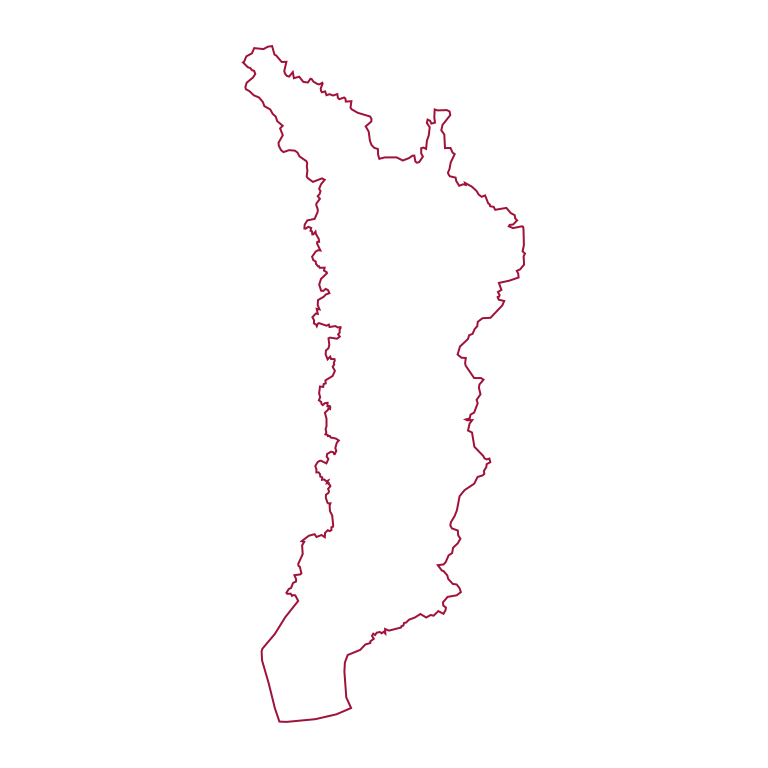 Vondrozo, Atsimo-Atsinanana, Madagascar
{"feature_id": "10022922B86038713071830", "entity_name": "Vondrozo", "entity_type": "district", "adm_level": 2, "iso_a3": "MDG", "parent_name": "Madagascar", "parent_adm1": "Atsimo-Atsinanana", "projection": "robinson", "projection_center": [47.287, -22.691], "detail": "fine", "context": "isolated", "style": "outline", "palette": "rose", "viewbox_px": 768, "rotation_deg": 0, "n_neighbors": 0, "source": "geoboundaries", "source_scale": "gbopen_adm2", "svg_char_len": 6074}
<svg xmlns="http://www.w3.org/2000/svg" viewBox="0 0 768 768"><path d="M243.0,62.4L247.8,67.2L250.4,68.1L251.9,70.2L254.1,70.8L255.3,73.9L253.1,77.4L246.7,82.7L245.4,87.0L245.8,89.1L249.5,91.2L253.8,95.3L259.0,97.5L262.8,101.9L264.4,106.2L270.2,109.4L272.7,113.9L275.6,116.4L277.3,121.2L282.7,125.8L280.1,128.4L282.8,135.2L278.5,142.8L278.8,145.7L281.0,150.1L283.5,152.1L288.9,150.2L294.8,150.6L297.5,152.6L299.5,156.4L306.3,161.1L307.2,163.1L306.8,166.9L307.4,170.2L306.7,176.5L307.6,178.0L312.9,181.9L321.9,178.4L324.7,179.8L321.0,184.3L319.1,188.9L320.5,191.1L319.6,194.1L317.7,196.1L319.9,198.8L316.4,203.5L316.2,204.9L317.8,209.5L317.6,212.1L314.6,218.9L307.3,220.4L304.7,224.6L304.4,228.5L305.6,228.7L308.3,226.8L311.2,228.0L310.5,230.8L312.0,231.4L312.3,234.4L313.3,234.4L315.5,231.6L315.9,233.9L318.7,238.8L319.1,241.8L317.3,241.9L317.0,243.4L320.4,250.5L318.2,250.2L315.8,251.4L312.1,256.7L313.3,260.1L315.7,261.5L316.0,263.9L318.0,266.3L319.1,266.3L319.7,267.8L324.6,267.7L324.0,270.6L326.8,272.3L326.9,273.3L321.0,278.9L319.2,284.6L321.1,290.7L323.3,290.9L325.7,288.9L328.1,290.2L329.4,293.2L325.8,294.5L323.8,296.7L318.0,300.1L317.7,305.1L319.5,309.4L316.7,308.8L317.8,313.9L315.9,313.5L312.4,317.2L314.1,320.3L313.9,323.4L316.1,324.7L316.8,326.2L317.7,323.8L319.0,323.1L326.5,325.7L328.9,324.6L329.5,327.0L335.4,326.1L338.0,327.5L340.5,327.1L340.6,327.9L339.6,329.7L339.7,332.5L338.1,334.4L339.8,336.6L339.1,337.2L337.0,338.7L330.0,337.6L328.5,338.3L329.3,344.9L328.4,348.4L326.0,350.4L325.6,354.2L327.6,359.4L330.2,356.6L331.1,359.0L334.5,359.1L334.8,360.4L333.8,363.0L334.2,364.6L332.7,366.7L334.9,370.9L332.6,376.0L325.4,380.4L325.7,383.4L323.7,384.0L323.2,386.9L320.0,386.5L319.1,393.4L320.2,397.2L318.9,400.3L321.2,402.0L321.5,403.9L322.8,405.1L325.0,403.1L327.6,402.8L327.4,406.2L329.7,406.0L330.3,407.0L330.1,409.0L328.5,408.3L327.9,409.9L324.9,412.7L326.5,418.7L326.5,426.3L325.6,429.1L326.3,432.3L325.4,434.4L327.6,434.8L327.9,436.1L329.9,436.0L330.6,437.5L335.8,438.5L338.8,440.5L336.8,442.7L335.3,448.1L336.3,450.9L334.8,454.1L334.1,454.1L333.4,452.3L331.1,451.7L327.1,454.0L326.7,456.7L328.4,459.0L326.4,463.4L321.0,460.7L319.5,460.9L317.6,462.2L315.3,466.0L316.4,469.3L316.4,472.4L318.7,472.4L320.0,474.2L320.3,476.6L322.2,477.3L322.0,479.8L324.3,479.5L326.4,481.4L328.2,480.5L326.8,483.4L328.9,483.2L329.1,484.6L330.2,485.3L330.3,486.3L328.1,488.8L329.0,491.3L328.4,493.0L326.0,494.7L325.8,497.7L327.4,502.6L328.4,503.5L330.4,503.3L329.6,505.9L330.0,511.3L332.2,515.4L333.2,525.6L333.0,526.7L331.4,527.3L331.4,530.2L329.6,531.1L327.8,530.2L325.1,532.8L324.8,537.2L321.5,535.0L316.5,537.0L314.6,534.2L308.9,535.7L301.7,541.2L304.2,541.9L302.1,545.4L302.7,554.1L298.2,564.0L298.6,566.0L299.9,566.9L301.4,573.3L300.3,574.4L294.4,575.2L296.1,579.2L296.0,581.5L293.0,583.0L291.1,587.9L288.8,589.0L286.4,592.8L287.3,593.8L290.7,593.7L292.0,595.9L293.1,595.1L295.3,595.4L298.2,600.9L285.1,617.4L274.9,633.9L262.4,648.7L261.6,651.4L262.1,660.6L268.7,683.3L274.9,708.3L279.4,721.6L286.5,721.9L315.2,719.2L336.4,714.3L351.1,708.0L346.3,697.5L344.4,671.7L344.9,662.5L347.7,655.0L360.2,649.9L365.3,644.5L370.3,643.0L370.3,641.4L373.8,638.8L372.0,635.9L373.3,633.7L375.1,635.0L376.7,632.7L379.9,632.0L381.6,633.3L383.7,631.8L385.3,633.5L385.1,629.0L389.0,630.6L401.1,627.5L401.4,626.2L403.3,625.6L404.1,622.9L406.1,622.6L409.0,619.7L414.9,617.5L420.4,614.0L426.2,617.5L430.7,615.0L433.6,615.7L438.3,611.1L443.5,613.8L445.5,610.3L445.9,607.5L443.3,605.6L443.0,602.3L447.6,596.9L456.7,595.3L460.9,592.1L459.4,587.9L456.7,584.5L452.8,583.9L448.2,578.9L447.3,575.4L443.5,571.0L441.9,570.6L437.8,565.2L443.7,564.4L445.8,561.9L448.6,555.4L452.1,553.1L453.1,547.7L457.7,543.4L460.4,538.7L458.2,535.3L457.8,530.5L451.9,528.4L450.3,525.4L450.9,522.2L454.6,516.1L456.9,510.3L459.6,496.2L464.6,490.1L474.2,483.7L477.6,476.9L482.4,475.5L484.3,474.0L483.9,471.0L486.3,467.1L486.7,464.1L490.3,462.2L489.4,458.6L486.8,459.4L484.4,458.3L483.3,456.0L474.4,446.8L472.0,432.5L468.0,430.5L469.6,423.6L472.2,420.1L467.3,420.3L465.7,419.5L469.7,418.4L470.5,414.7L474.2,412.5L477.7,403.2L476.6,399.9L480.5,394.3L478.9,387.8L479.4,384.5L483.5,379.7L481.1,378.1L474.1,378.0L465.7,365.7L465.1,363.2L465.8,358.0L461.4,357.7L457.6,354.5L460.0,346.5L468.0,339.0L469.1,335.3L472.6,333.8L474.7,329.0L477.3,326.1L477.7,321.9L482.5,318.2L490.5,317.8L502.3,305.4L504.2,301.0L498.8,299.7L497.8,297.8L497.7,296.9L499.1,296.6L499.6,295.1L497.9,292.0L501.4,289.9L498.9,282.9L509.2,280.7L518.6,277.5L518.2,273.6L516.8,270.9L520.1,269.4L524.1,264.6L523.6,256.3L525.0,253.6L522.6,251.3L523.9,245.1L523.5,229.2L523.1,226.8L522.1,226.3L513.0,228.1L508.8,226.3L509.7,224.9L513.1,224.5L517.1,220.4L515.2,218.4L514.7,215.2L510.8,213.1L506.4,207.9L495.2,209.8L493.7,206.9L490.1,206.2L489.7,204.4L488.2,203.3L485.1,195.4L481.7,196.8L478.7,194.6L476.5,190.9L471.8,186.6L465.0,182.9L465.6,184.9L463.1,184.3L459.2,185.8L456.2,180.9L455.6,177.6L449.9,176.3L448.8,174.9L447.9,172.8L449.5,169.0L450.7,162.5L454.7,154.1L452.6,152.7L450.5,148.0L445.0,148.1L444.3,134.5L441.3,130.3L442.5,124.9L450.3,115.1L449.6,111.5L446.9,110.1L437.6,110.4L434.7,109.5L434.3,117.6L435.0,122.6L431.4,123.6L430.1,120.8L427.6,119.6L426.8,122.9L429.7,127.2L428.8,135.3L426.9,140.8L426.1,148.9L423.5,147.6L421.2,148.2L421.2,153.4L422.9,156.6L419.2,162.1L416.9,162.7L415.4,161.6L414.3,155.6L412.5,155.7L408.8,158.2L402.8,160.5L396.6,157.4L384.9,157.4L379.3,158.8L378.1,154.6L377.9,149.0L374.2,147.8L371.4,144.8L369.9,140.6L368.7,131.6L365.7,126.4L371.3,121.5L371.5,119.0L370.1,116.5L357.7,112.8L351.5,109.2L350.5,107.6L351.4,101.2L345.8,101.6L345.4,98.5L344.1,97.5L339.3,99.2L337.9,97.8L337.3,94.1L333.1,95.5L329.5,94.2L326.5,95.2L325.1,91.4L321.9,92.3L321.1,91.0L320.7,88.5L322.6,83.7L322.3,82.8L319.4,84.4L317.4,84.0L313.5,81.7L311.6,79.0L310.4,78.8L307.9,82.5L303.3,81.9L299.2,76.7L293.9,78.2L292.8,72.1L289.1,76.6L286.8,75.8L284.9,73.5L284.3,70.9L286.4,61.8L281.7,62.0L276.2,55.5L274.5,54.6L272.1,46.1L267.8,46.7L263.5,49.1L254.2,48.1L251.9,53.4L246.4,56.3L244.0,61.9L243.0,62.4Z" fill="none" stroke="#9f1239" stroke-width="2"/></svg>